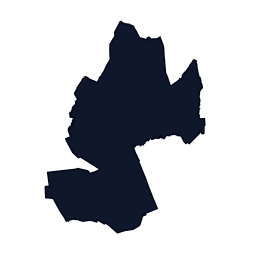 Bethausen, Timis, Romania (orthographic projection), rotated 6°
{"feature_id": "2599482B66400291009045", "entity_name": "Bethausen", "entity_type": "district", "adm_level": 2, "iso_a3": "ROU", "parent_name": "Romania", "parent_adm1": "Timis", "projection": "orthographic", "projection_center": [21.97, 45.83], "detail": "fine", "context": "isolated", "style": "filled", "palette": "ink", "viewbox_px": 256, "rotation_deg": 6, "n_neighbors": 0, "source": "geoboundaries", "source_scale": "gbopen_adm2", "svg_char_len": 5767}
<svg xmlns="http://www.w3.org/2000/svg" viewBox="0 0 256 256"><g transform="rotate(6 128 128)"><path d="M143.7,228.1L148.6,224.4L149.8,223.2L151.8,213.6L151.9,213.9L154.5,212.5L154.7,212.1L154.0,211.1L165.4,205.0L163.0,200.5L162.4,199.2L160.5,196.0L154.0,183.4L150.6,176.3L142.1,160.3L142.5,159.0L141.8,158.4L137.8,151.8L134.8,145.8L136.1,146.1L136.7,146.0L137.0,145.6L136.8,144.8L137.1,144.5L138.6,143.9L139.2,143.9L140.1,143.3L141.0,143.4L142.4,144.2L142.7,143.6L143.3,143.1L143.8,143.0L144.8,143.1L145.4,141.7L146.3,141.1L146.2,140.3L146.3,140.1L147.2,139.3L147.3,138.9L148.3,138.2L149.1,138.4L149.6,138.3L150.3,137.1L150.3,136.6L150.0,136.2L150.9,135.5L151.6,135.6L152.3,136.5L152.9,136.8L154.5,136.2L155.6,135.1L156.7,135.2L157.8,134.9L159.7,135.1L160.3,134.3L160.4,132.7L160.7,132.2L161.1,132.1L161.3,132.2L161.5,133.5L161.8,134.1L162.2,134.2L163.1,133.9L164.7,134.8L165.5,134.0L165.9,132.6L167.1,131.5L168.2,131.2L170.2,131.3L170.9,130.5L171.6,130.0L173.3,129.8L173.5,129.0L174.1,129.5L175.1,129.3L177.2,129.8L177.9,130.2L181.6,130.3L185.7,136.3L186.4,135.7L186.9,135.7L187.2,136.1L187.0,137.2L187.5,137.3L187.7,137.0L187.7,135.9L188.4,135.7L190.5,137.1L196.1,130.0L196.8,129.3L199.6,125.6L199.4,125.5L199.4,124.6L199.6,124.0L200.1,124.4L201.3,123.9L201.8,125.4L202.2,125.8L203.4,125.8L204.0,125.3L203.3,118.3L203.7,117.6L204.1,117.3L203.0,110.8L199.8,111.3L197.9,111.1L197.7,110.3L197.8,109.9L197.3,109.4L197.4,109.0L197.1,108.3L197.5,108.3L197.5,107.8L197.3,107.6L196.8,107.4L196.6,106.7L196.3,106.3L196.4,106.1L196.2,106.0L196.2,105.2L196.8,104.8L196.5,103.7L196.7,102.8L196.6,102.0L196.9,101.5L196.4,101.5L196.2,101.1L196.1,99.8L196.3,99.5L196.2,98.6L196.7,97.9L196.8,97.5L196.3,96.3L196.5,95.3L196.3,93.7L196.5,93.5L196.5,92.6L195.8,91.4L195.4,91.2L195.4,90.9L195.7,90.7L195.2,89.8L195.3,89.2L195.1,88.7L195.3,88.4L195.2,87.8L195.4,87.2L195.3,86.4L195.5,85.8L195.1,85.2L195.7,83.0L196.0,82.8L196.5,81.5L197.7,80.2L196.8,76.9L196.3,76.4L195.7,75.1L195.2,72.6L194.9,72.0L194.8,71.4L194.5,71.2L194.4,70.6L194.1,70.3L193.4,70.0L193.0,69.4L192.9,69.5L192.6,67.9L191.6,65.3L190.1,60.2L189.7,57.7L189.3,57.6L189.5,57.4L189.4,56.7L188.7,55.9L188.7,54.8L188.9,54.1L186.7,53.4L186.1,53.5L185.9,53.7L185.7,54.0L185.7,54.7L183.1,58.9L182.9,59.4L183.1,59.8L182.4,60.9L182.2,61.5L181.4,62.5L181.4,63.3L180.3,64.5L179.8,65.9L178.5,66.8L176.6,70.3L176.8,71.5L176.7,72.1L176.4,72.3L176.4,72.6L175.6,73.5L175.3,73.5L174.5,74.2L174.3,74.0L174.2,74.6L170.5,78.2L170.0,78.3L169.5,79.0L167.6,80.5L167.0,81.4L166.3,82.0L165.8,82.0L161.2,72.1L159.5,69.1L157.3,57.8L157.1,56.0L156.7,55.2L154.9,44.1L154.0,41.7L150.3,34.3L148.1,36.1L145.9,36.7L144.0,36.7L142.4,37.3L141.7,37.1L139.4,35.5L138.8,35.8L138.6,36.9L137.9,37.1L137.7,36.8L137.6,37.1L137.6,37.4L138.3,37.7L138.2,38.4L138.0,38.5L134.9,38.0L134.6,37.7L130.2,37.2L129.9,36.4L129.1,35.7L127.5,33.4L126.3,31.3L123.9,28.5L123.4,27.3L122.3,26.1L119.8,25.4L118.4,24.8L114.3,24.7L111.6,24.0L111.0,23.8L110.1,22.7L109.3,23.1L108.5,24.3L108.2,25.8L105.3,32.8L104.9,34.0L105.4,37.7L105.2,38.7L103.8,41.3L101.4,46.7L101.5,47.8L101.8,49.0L101.6,49.8L102.4,56.5L102.9,59.7L103.2,60.6L103.1,61.8L100.1,68.6L99.3,70.7L98.5,73.6L96.8,77.0L96.4,78.3L95.5,79.7L94.5,80.6L94.3,81.4L94.4,82.1L93.0,85.3L93.0,86.5L92.4,86.0L89.7,85.0L87.2,84.4L86.4,84.7L86.4,84.1L86.1,83.9L84.0,83.4L82.8,82.3L80.6,81.5L80.4,81.9L79.4,82.0L79.7,82.9L79.3,83.4L78.7,83.3L78.4,83.8L78.0,83.9L78.1,84.2L77.7,84.6L77.2,86.1L74.4,91.1L74.2,91.5L74.4,91.5L74.0,92.5L73.4,92.9L73.4,93.8L71.3,99.1L71.9,100.6L72.6,101.2L74.0,103.5L75.2,104.1L75.2,104.3L74.9,104.5L74.9,105.7L74.0,105.9L73.8,107.0L73.1,107.2L73.2,107.5L74.0,108.1L73.5,108.5L73.5,109.2L73.9,109.4L73.7,110.0L73.8,110.3L73.1,110.6L73.2,111.0L73.7,110.8L73.7,111.6L73.2,111.6L72.6,111.0L72.4,111.3L72.1,111.3L72.0,111.8L72.2,112.1L71.8,112.3L71.9,112.7L71.1,112.8L71.2,113.3L70.8,113.9L71.1,114.0L71.3,115.3L71.0,115.6L70.6,115.7L70.8,116.3L70.2,116.8L70.4,118.0L70.3,118.5L70.1,118.6L70.0,119.0L69.2,118.6L69.2,118.8L69.4,118.9L69.3,119.3L68.8,119.1L68.5,119.3L68.3,119.0L68.4,119.6L69.0,119.8L69.0,120.1L68.8,120.4L68.9,120.8L69.4,120.5L69.6,120.7L69.6,121.2L69.2,121.8L69.2,122.1L69.7,122.1L69.7,121.7L70.0,121.6L70.4,121.7L70.7,122.1L70.6,122.4L69.6,122.8L69.6,123.0L70.4,122.8L70.4,123.2L70.8,123.2L70.8,123.5L71.0,123.1L71.3,123.1L71.3,122.7L72.0,123.0L72.0,123.3L72.5,123.0L72.5,122.6L72.8,122.6L73.1,122.8L73.1,123.3L73.4,123.5L73.5,123.3L73.3,122.7L73.5,122.7L73.8,122.9L74.0,123.6L74.4,123.7L73.7,124.1L73.8,124.8L73.5,124.8L73.3,124.4L73.2,124.5L73.4,125.4L72.7,125.6L73.0,126.2L72.4,126.2L72.5,127.0L72.1,127.1L72.2,127.4L72.8,127.4L73.2,127.7L72.4,128.2L72.7,128.8L72.1,129.4L71.8,129.4L71.7,129.1L71.4,129.2L71.4,129.4L72.1,129.9L72.1,130.5L71.5,130.6L71.9,131.8L71.6,132.1L71.4,132.0L71.1,132.3L70.6,132.4L70.8,132.8L71.3,132.9L70.6,133.1L70.7,133.5L69.8,133.1L69.6,133.8L68.9,134.5L69.6,135.4L68.9,136.1L69.0,136.7L69.3,137.1L69.8,136.7L70.0,136.8L70.0,137.1L69.5,137.7L71.9,143.0L69.1,144.1L68.4,144.7L67.3,145.2L67.6,146.2L75.3,157.6L75.6,157.6L75.6,158.1L81.5,162.5L81.9,162.6L83.8,161.7L104.2,171.7L104.3,171.9L103.9,172.0L103.5,172.9L102.4,173.8L101.2,174.2L100.7,174.7L99.8,174.9L99.3,176.5L97.8,175.7L97.1,176.5L96.5,176.5L95.7,177.2L94.7,177.0L93.2,175.5L92.2,174.8L82.2,173.6L80.4,174.5L52.7,180.6L56.1,194.6L55.4,194.9L54.8,194.4L53.9,194.6L53.4,194.5L52.2,194.9L51.9,195.3L53.5,205.9L60.9,205.7L69.5,218.1L74.0,223.4L75.3,225.3L75.7,226.2L76.3,226.8L76.4,226.4L78.6,226.7L78.6,225.5L80.2,225.3L84.3,223.8L84.3,224.4L87.3,224.2L89.2,224.4L89.2,224.7L92.4,225.3L93.7,225.2L98.4,224.0L100.3,223.7L102.4,223.8L106.7,224.7L106.8,222.7L108.2,223.0L113.9,225.6L113.5,224.3L118.1,226.0L128.5,233.3L135.4,230.3L143.7,228.1Z" fill="#0f172a" stroke="#020617" stroke-width="1.5"/></g></svg>